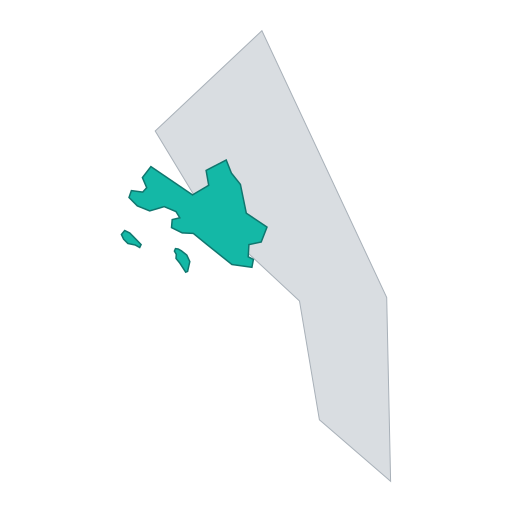 where Port Glaud sits in Seychelles
{"feature_id": "SYC-5218", "entity_name": "Port Glaud", "entity_type": "state/province", "adm_level": 1, "iso_a3": "SYC", "parent_name": "Seychelles", "parent_adm1": "", "projection": "equal_earth", "projection_center": [55.401, -4.652], "detail": "fine", "context": "in_parent", "style": "filled", "palette": "teal", "viewbox_px": 512, "rotation_deg": 0, "n_neighbors": 0, "source": "natural_earth", "source_scale": "10m", "svg_char_len": 939}
<svg xmlns="http://www.w3.org/2000/svg" viewBox="0 0 512 512"><path d="M386.7,297.5L390.6,481.3L319.4,419.8L299.5,301.0L204.5,212.5L155.2,131.0L261.9,30.7L386.7,297.5Z" fill="#d9dde1" stroke="#a8b0b8" stroke-width="1"/><path d="M251.9,267.3L231.9,264.5L206.4,244.1L193.3,233.4L182.2,232.9L171.5,227.6L172.2,219.6L179.8,217.8L176.0,211.6L164.2,206.6L149.7,210.9L137.3,205.9L129.0,197.5L131.4,190.6L142.7,192.1L146.7,187.7L142.4,177.6L150.9,166.6L192.5,194.9L208.7,185.3L206.1,170.4L226.2,160.0L231.4,173.1L240.4,184.4L246.3,213.2L267.0,227.1L261.2,242.0L248.9,244.6L248.2,256.8L253.4,259.4L251.9,267.3ZM178.2,249.0L181.4,250.8L186.8,255.1L189.8,261.6L188.4,267.8L187.6,271.4L185.7,272.2L179.8,263.1L176.0,258.4L176.3,254.4L174.4,251.1L175.5,248.6L178.2,249.0ZM124.7,230.5L129.8,233.0L136.2,239.5L141.1,244.6L139.7,247.5L135.2,245.0L127.9,243.5L123.6,239.2L121.4,234.5L124.7,230.5Z" fill="#14b8a6" stroke="#0f766e" stroke-width="1.5"/></svg>